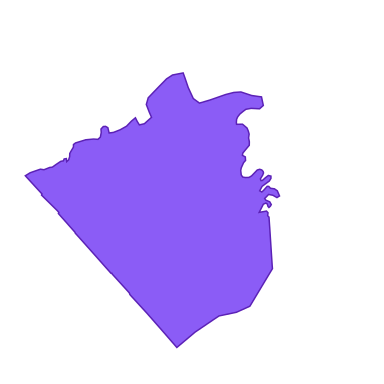 the district of Foni Brefet, West Coast, Gambia, rotated 48°
{"feature_id": "56634734B27150312185582", "entity_name": "Foni Brefet", "entity_type": "district", "adm_level": 2, "iso_a3": "GMB", "parent_name": "Gambia", "parent_adm1": "West Coast", "projection": "equal_earth", "projection_center": [-16.363, 13.217], "detail": "fine", "context": "isolated", "style": "filled", "palette": "violet", "viewbox_px": 384, "rotation_deg": 48, "n_neighbors": 0, "source": "geoboundaries", "source_scale": "gbopen_adm2", "svg_char_len": 2161}
<svg xmlns="http://www.w3.org/2000/svg" viewBox="0 0 384 384"><g transform="rotate(48 192 192)"><path d="M175.4,86.1L175.4,81.1L167.8,76.7L165.6,78.6L160.2,83.1L150.4,88.7L146.0,94.3L142.1,101.7L135.7,117.0L130.9,127.0L123.4,128.5L111.8,124.9L102.5,120.9L97.6,118.9L92.0,128.2L90.9,135.2L91.5,144.9L92.1,153.7L92.7,161.5L96.4,167.4L104.0,170.3L109.4,172.1L109.4,176.6L109.4,181.7L106.9,186.2L102.9,185.5L99.0,184.4L98.8,189.6L99.3,196.6L97.7,203.7L95.2,210.4L92.7,214.1L87.9,211.5L85.4,212.3L84.0,214.1L84.3,217.5L87.1,219.7L89.9,223.4L89.9,226.7L86.8,229.7L82.1,236.0L80.3,239.9L79.5,241.6L77.6,245.7L77.4,248.3L79.3,250.1L80.8,254.9L81.6,257.1L83.9,259.3L85.6,262.3L85.6,264.3L85.6,264.8L83.1,263.0L81.9,264.9L82.8,266.7L81.4,269.0L80.6,274.5L80.1,279.0L80.0,279.3L79.6,279.9L78.6,281.2L76.4,287.1L73.6,289.4L71.4,294.6L69.4,299.4L68.4,305.0L68.9,305.0L93.1,304.8L93.6,305.9L103.7,305.3L115.4,304.6L118.0,304.6L118.6,305.7L143.6,305.9L144.5,306.3L153.2,306.3L171.5,306.4L198.1,306.6L198.7,305.9L199.5,306.2L225.0,306.1L226.7,306.8L229.6,306.8L252.0,306.6L275.5,306.9L297.4,307.3L298.2,283.4L301.1,262.3L302.2,254.8L311.1,239.5L315.6,225.4L305.4,192.1L302.8,183.5L299.9,181.3L289.5,173.1L270.0,157.7L268.7,156.7L262.2,151.6L260.2,151.6L258.3,149.4L256.0,149.4L252.1,155.7L248.8,147.1L249.7,144.5L251.3,144.1L253.6,145.2L255.0,145.2L255.0,143.3L254.4,141.5L251.3,140.8L247.4,142.6L245.4,142.3L245.4,141.2L245.1,136.7L248.5,134.1L253.0,132.6L253.5,129.6L248.2,127.8L244.8,128.6L241.7,131.2L239.2,131.2L238.1,132.3L238.7,137.9L238.7,140.1L236.4,140.9L234.7,136.1L235.3,129.8L235.6,127.2L234.7,124.2L233.0,122.7L230.8,124.2L230.5,127.9L230.5,132.0L229.7,133.1L228.0,132.4L226.8,128.3L225.7,126.1L224.3,125.4L222.3,125.4L220.4,126.5L219.3,128.8L219.9,136.9L219.3,139.9L216.8,142.8L214.8,144.3L212.3,144.0L208.6,141.4L207.0,139.2L204.7,134.0L204.4,131.1L201.6,128.9L198.5,130.0L197.1,128.2L196.5,124.5L195.6,118.2L193.5,116.2L192.8,115.6L189.7,113.8L187.2,110.8L184.4,109.4L181.3,108.3L175.4,109.1L171.5,113.6L170.0,112.5L167.8,110.2L166.7,107.7L166.1,104.3L166.3,99.9L166.6,96.6L169.4,92.1L175.4,86.1Z" fill="#8b5cf6" stroke="#5b21b6" stroke-width="1.5"/></g></svg>